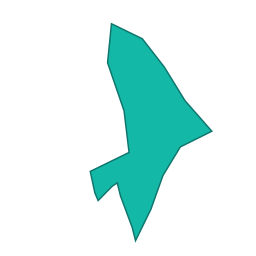 an SVG outline of Carriacou and Petite Martinique, rotated 317°
{"feature_id": "GRD-5069", "entity_name": "Carriacou and Petite Martinique", "entity_type": "Dependency", "adm_level": 1, "iso_a3": "GRD", "parent_name": "Grenada", "parent_adm1": "", "projection": "orthographic", "projection_center": [-61.462, 12.485], "detail": "fine", "context": "isolated", "style": "filled", "palette": "teal", "viewbox_px": 256, "rotation_deg": 317, "n_neighbors": 0, "source": "natural_earth", "source_scale": "10m", "svg_char_len": 399}
<svg xmlns="http://www.w3.org/2000/svg" viewBox="0 0 256 256"><g transform="rotate(317 128 128)"><path d="M187.1,187.5L153.4,177.5L121.1,186.6L89.2,203.1L56.7,215.5L63.3,203.5L76.1,172.7L82.7,160.8L76.7,159.8L56.7,160.7L59.5,152.9L70.8,134.0L112.1,146.6L136.8,112.8L157.6,66.3L187.0,40.5L199.3,72.5L196.1,108.2L188.3,146.9L187.1,187.5Z" fill="#14b8a6" stroke="#0f766e" stroke-width="1.5"/></g></svg>